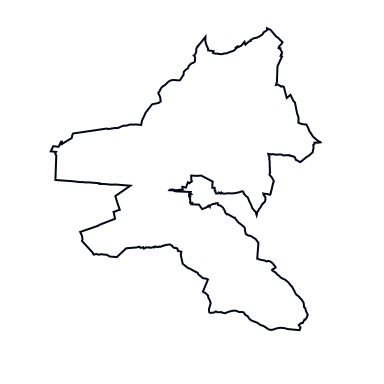 Santiago Miahuatlán, Puebla, Mexico, rotated 82°
{"feature_id": "50627088B95551626553051", "entity_name": "Santiago Miahuatlán", "entity_type": "district", "adm_level": 2, "iso_a3": "MEX", "parent_name": "Mexico", "parent_adm1": "Puebla", "projection": "robinson", "projection_center": [-97.421, 18.55], "detail": "fine", "context": "isolated", "style": "outline", "palette": "ink", "viewbox_px": 384, "rotation_deg": 82, "n_neighbors": 0, "source": "geoboundaries", "source_scale": "gbopen_adm2", "svg_char_len": 5980}
<svg xmlns="http://www.w3.org/2000/svg" viewBox="0 0 384 384"><g transform="rotate(82 192 192)"><path d="M94.9,92.6L79.1,89.8L77.1,88.3L74.3,86.6L70.6,84.1L69.8,85.3L68.8,84.3L68.5,84.8L66.4,83.3L63.4,84.5L61.9,84.5L61.7,85.2L62.0,85.6L61.5,86.3L59.8,85.3L58.3,83.3L56.3,81.5L50.9,85.6L49.8,87.0L42.4,91.6L40.3,95.0L42.2,95.1L43.9,98.9L45.7,100.2L46.9,102.6L47.7,104.7L48.3,106.8L48.3,109.0L49.7,112.8L50.5,112.7L50.9,114.7L53.5,118.6L50.6,119.1L53.9,122.7L55.1,126.6L54.2,126.7L55.2,128.7L56.0,128.5L57.7,130.5L59.5,138.6L59.3,140.9L59.7,143.0L59.4,144.9L58.6,147.2L58.1,150.2L57.1,151.9L55.5,151.1L54.0,156.3L52.1,156.2L48.3,157.3L44.3,157.8L40.2,157.1L48.0,165.3L47.8,165.3L48.4,165.9L48.4,166.2L50.6,167.7L51.2,167.9L53.4,168.2L55.2,169.1L57.0,170.4L57.1,171.2L58.5,170.4L59.5,170.2L62.6,170.9L63.7,171.4L64.2,172.8L64.5,174.4L65.1,175.5L66.7,177.6L68.2,178.4L69.2,179.1L70.1,181.2L71.5,183.0L72.3,183.6L74.6,184.0L79.5,188.2L79.7,189.4L78.4,195.1L78.6,197.5L79.3,199.7L82.6,204.3L83.2,205.9L84.2,207.5L85.8,208.9L87.9,210.2L88.7,211.3L89.3,211.6L93.6,210.3L98.0,210.4L99.2,212.8L99.5,218.5L99.9,219.6L107.0,226.9L110.0,228.7L114.3,231.6L118.5,233.0L117.2,238.8L117.3,239.2L116.6,243.7L116.8,245.9L117.2,247.9L116.8,250.1L117.4,253.5L118.3,256.2L117.9,259.9L118.0,266.5L117.3,267.4L117.5,301.6L119.0,302.6L121.8,303.6L126.4,314.2L124.1,313.8L123.9,314.6L128.7,317.8L127.3,323.0L132.1,326.2L133.4,321.0L134.9,322.1L136.6,321.6L136.9,321.3L161.1,325.6L164.7,308.8L166.7,301.3L166.8,299.5L167.7,296.2L168.1,292.9L170.5,282.3L171.1,282.5L172.0,277.1L173.3,271.8L174.1,265.9L177.2,252.2L185.4,268.5L192.4,267.4L199.5,266.0L200.0,268.7L200.7,271.2L200.7,272.4L207.8,271.9L211.7,288.5L212.3,289.4L216.0,308.3L219.4,307.2L221.3,307.0L223.4,307.0L225.1,307.8L238.2,298.8L240.3,298.1L240.1,295.2L241.1,293.2L240.9,291.1L242.4,284.9L244.5,282.3L246.0,275.5L238.6,265.0L239.2,254.3L238.8,252.9L239.2,252.4L238.9,251.6L239.3,251.3L239.8,251.1L240.1,250.6L240.2,249.4L239.9,248.0L240.9,247.8L241.4,247.5L240.3,245.0L240.7,244.4L240.9,243.6L240.7,242.0L241.2,241.7L241.5,240.9L241.3,238.2L241.0,237.6L241.6,236.9L240.9,236.2L240.9,235.7L241.3,235.3L241.3,234.8L241.9,233.2L241.4,232.0L241.9,231.1L241.4,229.4L241.5,228.9L241.1,227.9L241.3,227.3L241.0,227.0L240.9,226.1L240.8,221.5L241.5,220.3L242.7,219.0L243.1,219.0L243.9,218.5L245.1,217.0L245.0,216.0L246.0,214.3L248.3,214.2L249.7,210.9L252.8,211.9L261.8,211.2L266.6,206.7L267.6,204.8L271.7,199.4L272.2,198.3L273.1,197.6L274.4,197.2L278.9,193.1L279.9,189.7L280.9,188.4L292.1,195.0L293.0,194.2L294.0,192.7L296.7,190.6L299.0,190.5L302.2,189.3L304.8,189.0L310.3,191.5L313.2,191.7L313.9,191.4L314.3,190.4L314.4,187.1L314.3,186.4L313.6,185.3L313.8,184.6L314.4,183.9L314.7,183.0L315.0,179.7L315.4,179.3L316.6,176.5L316.5,175.0L316.0,173.9L315.4,170.1L315.3,166.3L316.5,163.4L317.2,162.6L317.6,161.4L317.6,159.9L318.4,157.6L320.2,156.7L320.9,156.6L322.9,154.0L325.0,153.2L326.8,151.8L327.8,150.5L330.0,146.5L331.1,144.9L333.3,142.7L334.4,140.2L336.6,137.5L338.4,135.6L339.2,134.2L339.7,132.0L338.9,127.3L338.7,124.8L338.8,123.1L339.9,118.7L341.0,116.5L343.8,104.7L341.4,103.4L338.6,104.8L336.9,101.9L337.2,100.7L333.9,98.3L334.2,97.5L334.1,97.4L332.3,95.8L331.8,95.8L329.9,94.4L325.4,95.8L322.8,96.0L321.7,97.0L317.0,96.9L313.2,98.8L312.2,99.8L310.9,100.3L307.9,103.2L299.6,106.1L298.8,106.9L295.0,109.1L291.6,112.2L290.7,113.9L289.0,116.1L287.3,117.3L284.8,119.7L283.7,120.1L282.6,121.3L282.1,122.2L280.5,123.6L280.1,123.4L279.8,123.0L279.2,121.1L278.5,119.7L277.7,119.8L274.6,121.6L272.4,123.3L271.5,124.5L270.9,125.9L270.8,126.6L271.1,127.2L271.1,128.1L270.2,129.0L268.2,134.8L267.2,135.9L267.1,136.7L251.6,133.3L247.5,135.5L244.0,139.6L243.2,141.1L243.1,142.2L241.7,143.6L241.4,144.4L239.3,144.8L235.3,144.8L234.1,145.1L232.0,146.9L228.6,150.3L224.0,153.1L223.4,153.1L223.3,154.1L220.0,158.2L218.5,160.6L218.7,160.8L217.3,161.8L215.6,162.1L212.7,163.1L210.8,164.3L209.3,166.0L208.6,167.9L206.6,168.1L206.6,170.5L206.9,170.6L206.8,173.0L207.4,174.9L208.1,176.1L209.1,176.4L207.7,177.2L208.5,178.8L208.9,178.6L210.4,184.3L205.5,186.8L204.1,194.3L202.8,193.4L202.4,195.4L199.6,194.8L195.9,195.3L196.2,194.3L194.3,194.1L193.6,196.1L193.8,193.1L192.7,193.9L191.8,193.3L189.1,208.0L187.6,211.0L187.1,214.1L186.7,213.7L186.8,213.0L186.6,212.3L187.0,210.3L188.0,207.9L188.2,200.9L187.9,201.1L185.5,200.8L186.8,197.4L181.8,194.7L183.0,193.4L182.0,192.0L182.0,191.5L181.3,190.6L180.1,191.0L175.6,190.5L176.7,185.0L177.0,180.6L184.6,170.0L186.9,170.7L190.7,171.3L191.0,169.0L193.8,169.3L194.0,168.7L196.0,168.7L196.8,168.4L197.1,166.5L196.2,165.6L197.6,163.9L196.5,163.1L197.8,161.7L198.2,159.6L198.3,156.0L199.0,152.7L199.1,149.0L198.9,145.9L198.2,142.0L199.3,141.0L201.1,140.9L201.9,140.0L203.2,139.4L205.1,137.5L209.6,136.4L212.7,135.3L216.3,134.6L220.8,131.7L223.9,131.2L220.8,130.0L220.2,129.3L217.8,127.6L217.3,126.8L215.9,125.6L214.2,124.6L214.1,124.1L212.7,122.7L212.6,122.2L211.6,121.1L209.9,120.4L208.0,120.1L206.8,120.2L206.1,120.9L204.5,121.6L203.4,121.6L203.7,121.0L204.4,118.0L205.6,115.0L204.1,114.1L202.5,113.7L201.9,113.3L194.0,110.3L193.2,109.5L191.9,109.7L188.5,111.0L186.0,112.7L185.4,112.8L184.8,112.7L183.5,111.9L180.9,111.9L178.8,111.4L178.5,111.6L172.0,110.8L170.0,111.0L169.5,110.6L168.3,110.4L166.2,111.1L164.9,111.1L165.3,110.3L165.2,109.7L165.9,108.7L165.9,108.0L165.6,107.7L166.0,105.7L166.9,103.2L166.8,102.4L167.1,99.4L167.6,97.7L168.6,96.1L168.7,93.0L169.1,91.5L169.0,90.3L169.5,90.2L170.0,89.4L170.4,87.5L170.7,87.1L171.1,86.9L171.2,86.2L171.8,85.5L172.4,85.1L174.5,84.8L177.5,80.6L173.5,74.0L172.3,71.2L169.6,67.1L165.2,65.5L162.2,65.3L161.9,64.6L161.4,64.0L160.2,63.9L160.7,60.1L160.7,57.8L160.2,58.1L159.2,59.9L154.7,63.9L153.5,64.7L147.0,67.7L146.2,67.6L141.1,69.3L140.8,71.0L140.0,73.7L138.3,77.0L133.7,76.2L132.7,76.2L128.7,77.0L117.9,77.6L115.8,78.9L109.5,81.0L112.1,85.1L100.8,86.4L99.8,87.8L100.1,89.0L99.3,90.0L99.1,89.9L97.6,92.0L97.7,94.0L94.9,92.6Z" fill="none" stroke="#020617" stroke-width="2"/></g></svg>